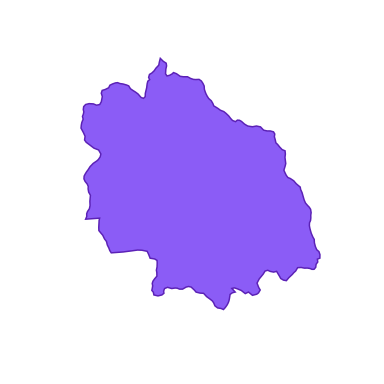 Descalvado, São Paulo, Brazil, rotated 143°
{"feature_id": "56859067B20222992390792", "entity_name": "Descalvado", "entity_type": "district", "adm_level": 2, "iso_a3": "BRA", "parent_name": "Brazil", "parent_adm1": "São Paulo", "projection": "mercator", "projection_center": [-47.656, -21.88], "detail": "fine", "context": "isolated", "style": "filled", "palette": "violet", "viewbox_px": 384, "rotation_deg": 143, "n_neighbors": 0, "source": "geoboundaries", "source_scale": "gbopen_adm2", "svg_char_len": 3506}
<svg xmlns="http://www.w3.org/2000/svg" viewBox="0 0 384 384"><g transform="rotate(143 192 192)"><path d="M210.2,318.6L213.1,317.4L216.0,318.8L217.7,321.7L221.0,324.5L224.3,325.9L227.1,325.4L229.2,323.3L230.2,321.1L232.0,319.5L234.0,318.3L235.1,315.7L238.2,313.8L240.1,312.1L242.2,309.8L243.0,304.6L243.9,300.8L246.5,298.2L246.6,295.4L245.4,291.3L243.9,286.0L241.3,281.8L241.9,277.2L244.2,275.3L247.2,274.3L249.3,274.1L253.7,274.3L258.1,273.6L261.9,272.2L264.0,271.6L266.3,270.7L268.6,269.6L270.4,267.5L271.0,264.8L270.9,261.4L271.5,258.9L273.1,257.0L274.6,254.1L275.1,250.5L279.1,246.1L281.6,242.5L284.0,240.4L287.2,239.3L289.2,238.0L290.8,235.8L293.3,234.3L281.5,226.7L283.2,225.3L287.8,219.8L289.6,217.2L289.5,214.5L289.3,211.2L290.1,207.2L290.1,203.9L291.5,200.7L292.2,197.0L292.9,194.8L293.1,192.0L283.0,185.5L279.8,183.7L275.8,181.4L270.4,178.4L267.1,175.7L263.5,171.6L264.2,168.2L265.3,164.3L262.1,161.0L261.1,158.4L262.4,156.4L265.0,153.2L267.5,151.0L268.6,148.8L270.7,145.9L274.0,145.2L276.8,144.3L278.8,142.9L279.9,140.7L281.7,139.0L283.3,137.6L283.2,135.2L284.4,132.7L281.7,129.5L278.0,127.9L275.4,128.0L274.2,130.0L272.0,131.4L268.9,130.6L266.3,127.1L263.3,125.5L261.7,124.1L260.4,121.9L258.0,120.1L253.9,119.6L251.6,118.6L249.9,116.6L249.1,112.1L249.0,109.6L246.4,106.4L243.7,104.1L243.3,99.7L242.1,95.8L241.3,92.7L241.4,90.4L242.2,87.3L241.3,84.0L238.9,81.5L237.6,79.2L234.9,79.7L231.8,80.7L229.6,81.8L227.9,82.9L226.2,84.4L223.2,87.3L220.4,87.2L217.7,86.1L218.2,91.0L215.8,89.9L214.0,87.3L211.9,83.7L210.6,78.8L207.1,78.1L205.9,73.1L201.8,71.4L199.6,71.4L196.5,72.7L196.2,75.5L194.9,80.1L190.7,82.1L184.5,83.6L181.2,84.9L178.6,83.9L177.3,81.5L175.0,78.9L172.2,77.7L172.8,72.2L173.2,69.5L172.0,66.6L170.0,64.4L166.2,65.3L161.4,65.8L159.3,66.3L156.8,66.5L153.2,68.0L150.2,66.0L148.1,63.6L145.6,61.8L143.8,59.9L142.7,58.0L141.0,56.8L138.5,57.4L136.4,59.6L133.7,60.4L132.3,62.9L129.7,62.2L127.5,65.0L126.5,68.0L127.1,70.9L126.3,74.2L124.8,77.8L122.9,80.6L122.6,83.2L121.6,87.3L120.6,89.9L119.7,92.1L118.5,94.5L116.7,96.7L114.5,97.9L112.7,99.8L111.1,102.0L109.3,103.8L107.7,106.8L107.5,109.3L107.8,111.7L108.0,114.9L107.2,118.2L105.9,121.6L104.5,125.2L103.7,128.7L102.6,130.8L103.2,133.3L103.8,136.0L104.0,139.7L105.4,143.7L106.7,145.8L106.7,148.5L106.1,151.6L105.5,154.1L101.8,156.8L100.0,158.3L98.4,161.1L96.9,163.7L94.6,166.1L92.9,168.9L94.5,171.6L94.9,175.1L95.0,178.5L95.4,180.8L94.0,183.8L93.0,186.5L91.0,188.5L90.7,191.0L92.7,193.6L95.3,195.6L97.6,198.3L98.1,202.8L100.8,205.9L104.4,207.7L106.2,209.5L107.8,211.2L109.2,214.6L110.0,218.6L110.9,220.7L112.5,222.1L114.9,222.0L116.6,224.7L116.9,227.6L116.9,230.7L117.5,234.3L118.2,237.1L120.1,240.2L121.0,243.2L121.9,245.5L122.8,247.7L122.1,250.0L121.7,253.2L122.4,256.7L122.2,259.4L121.7,262.2L121.1,264.3L120.3,266.6L118.5,269.3L117.9,272.2L117.7,275.0L118.6,277.7L121.4,279.6L123.1,281.1L124.8,283.6L126.2,286.7L129.4,289.1L131.8,291.5L133.2,295.8L134.9,298.5L137.0,298.3L139.6,298.7L142.1,299.7L142.0,302.3L138.9,305.9L136.4,308.0L135.1,310.4L136.3,313.7L136.9,317.8L139.9,315.4L142.2,313.3L146.3,312.6L149.2,311.6L152.5,311.2L155.2,311.5L157.7,309.6L158.2,307.2L160.6,307.1L162.7,305.4L165.5,302.5L167.6,300.8L169.9,298.9L172.0,296.3L174.4,296.0L175.8,298.2L176.1,302.8L177.1,306.1L178.1,308.7L179.0,311.5L178.7,314.9L179.9,316.9L182.1,319.8L184.3,322.0L185.6,324.1L187.5,325.2L190.3,326.1L193.3,326.7L195.8,325.4L199.6,326.1L202.6,327.2L205.0,325.5L206.2,322.2L210.2,318.6Z" fill="#8b5cf6" stroke="#5b21b6" stroke-width="1.5"/></g></svg>